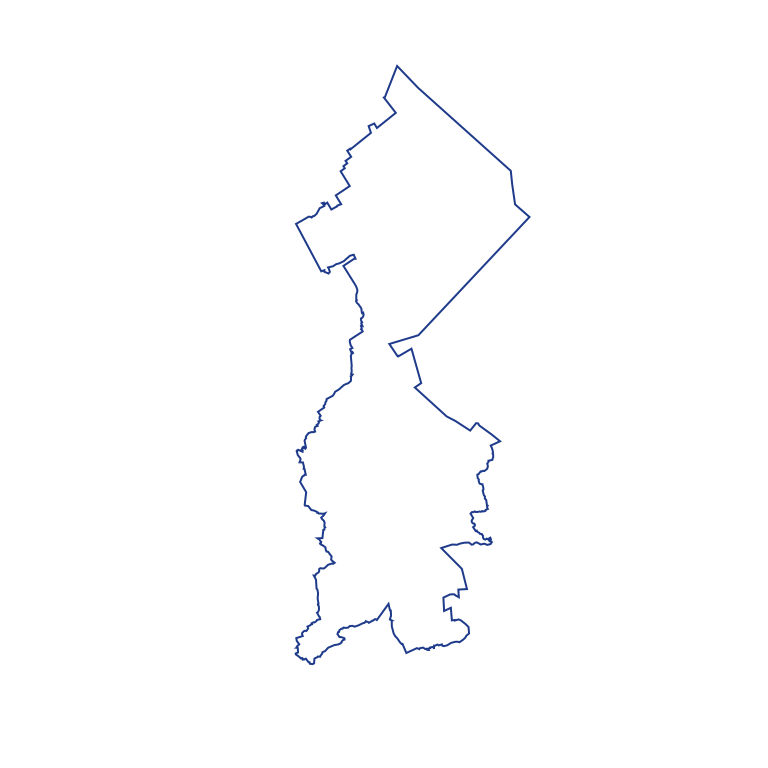 Guadalupe, Zacatecas, Mexico, rotated 326°
{"feature_id": "50627088B774169449273", "entity_name": "Guadalupe", "entity_type": "district", "adm_level": 2, "iso_a3": "MEX", "parent_name": "Mexico", "parent_adm1": "Zacatecas", "projection": "mercator", "projection_center": [-102.492, 22.782], "detail": "fine", "context": "isolated", "style": "outline", "palette": "blue", "viewbox_px": 768, "rotation_deg": 326, "n_neighbors": 0, "source": "geoboundaries", "source_scale": "gbopen_adm2", "svg_char_len": 6166}
<svg xmlns="http://www.w3.org/2000/svg" viewBox="0 0 768 768"><g transform="rotate(326 384 384)"><path d="M572.7,127.7L545.3,146.6L544.1,146.4L545.4,165.8L521.3,167.8L521.6,162.6L515.5,161.6L513.6,168.5L487.4,170.7L487.5,170.0L484.0,170.0L483.8,177.3L476.9,177.5L476.9,180.5L472.2,180.7L472.1,183.2L467.0,183.4L466.3,200.7L449.5,200.7L449.0,211.0L445.1,210.0L444.6,210.5L437.9,209.9L438.4,201.9L435.8,202.0L435.7,200.1L433.8,199.5L434.3,201.4L434.1,203.0L429.0,202.3L423.2,205.3L419.7,205.7L418.8,205.1L417.1,205.5L416.8,204.6L415.2,203.2L400.6,202.1L395.0,255.5L398.2,256.3L397.3,257.6L399.8,261.4L401.8,260.8L402.7,257.7L402.8,256.1L407.7,257.9L411.3,257.9L414.5,259.0L419.3,259.7L427.4,258.6L431.2,259.9L430.4,264.2L429.3,263.5L416.4,263.4L415.6,286.1L415.2,288.7L414.5,291.2L413.3,292.7L411.0,294.4L408.1,298.7L408.3,299.3L407.2,299.6L406.9,301.4L407.4,303.8L407.5,308.5L405.4,312.8L405.5,313.3L406.6,313.3L405.9,315.1L404.3,316.5L402.8,316.9L401.5,316.8L400.3,319.1L400.4,320.6L399.1,320.9L398.7,323.1L398.5,322.7L397.4,322.9L396.9,325.2L395.6,325.8L396.0,327.1L395.7,328.5L380.5,328.3L379.3,329.7L378.1,333.0L377.9,336.5L375.4,336.2L374.6,339.5L375.7,339.7L375.6,341.0L374.0,340.8L372.2,342.2L367.2,351.2L366.1,352.3L364.2,355.6L362.3,357.4L363.3,358.6L361.7,359.1L360.7,359.0L360.4,360.1L358.3,362.9L355.1,363.4L350.4,362.4L343.7,363.3L339.0,363.1L337.1,364.3L334.9,365.1L328.0,364.4L327.0,365.7L325.2,366.4L324.0,367.8L321.6,368.5L321.3,370.1L313.7,370.1L313.7,375.0L312.2,375.3L311.2,376.7L310.9,378.4L311.3,378.9L308.7,378.3L308.4,379.6L307.4,380.2L305.5,380.3L305.5,381.6L303.3,381.0L302.7,381.2L300.8,382.9L300.3,384.9L298.5,384.5L297.4,383.5L294.1,382.5L290.2,383.7L289.3,384.6L289.2,385.3L286.9,386.2L286.2,387.1L283.7,393.2L282.6,393.7L281.9,392.6L283.0,392.0L282.4,391.2L281.3,391.7L281.0,391.1L278.8,392.4L279.5,393.6L278.6,394.6L276.1,390.6L274.9,391.0L274.7,390.5L274.1,390.7L272.8,394.7L273.1,399.0L272.5,400.0L270.2,401.7L272.9,403.7L271.4,407.8L270.0,409.4L270.6,409.9L268.4,415.5L267.3,414.8L266.8,415.2L264.4,415.1L259.7,418.3L259.0,430.2L250.6,439.9L250.5,440.6L252.9,442.8L253.3,447.9L254.9,449.4L256.4,451.7L257.1,453.0L256.7,453.6L257.4,454.0L257.4,454.8L261.5,457.9L262.8,458.2L260.4,459.2L257.2,459.7L257.1,461.6L257.7,463.7L257.2,465.8L254.9,468.7L255.1,469.8L254.5,469.8L253.1,471.4L252.1,471.0L246.8,477.3L242.6,474.8L243.5,476.9L243.4,479.1L243.7,479.7L243.0,480.5L241.8,480.4L241.7,481.1L242.2,482.4L242.9,483.3L244.1,486.7L242.9,489.1L242.7,490.8L243.8,491.8L244.1,497.7L242.0,500.0L242.0,501.0L243.1,504.6L241.3,504.6L240.4,503.7L236.5,502.6L231.5,503.4L230.3,502.9L228.2,501.1L226.9,501.1L225.3,503.2L224.1,503.6L221.4,503.5L219.9,504.4L218.7,503.5L218.2,508.2L213.6,516.0L213.9,517.0L212.4,520.5L209.0,524.8L206.8,529.6L206.2,529.5L205.7,530.2L205.7,531.7L204.7,533.6L203.5,535.1L201.5,536.3L200.6,536.2L200.2,540.3L200.4,541.4L199.6,543.3L196.6,542.2L195.2,542.8L193.0,542.8L192.4,542.2L190.4,541.9L190.0,542.9L189.1,542.5L188.0,542.8L184.9,542.3L184.5,544.2L181.9,545.3L181.4,545.3L180.7,544.5L179.3,544.1L176.9,544.7L176.2,545.4L175.7,547.5L169.2,545.6L168.0,548.3L168.2,552.4L165.0,552.9L165.0,553.8L164.1,553.8L164.6,554.2L164.7,555.0L162.6,558.5L160.1,558.0L159.7,558.9L161.1,562.5L161.6,565.0L162.8,565.3L162.5,566.7L163.2,566.6L163.5,567.7L165.6,568.0L165.9,572.6L166.7,573.1L166.2,574.6L168.2,576.3L169.8,576.5L172.8,572.7L176.0,573.2L176.6,572.9L178.6,574.4L179.2,573.8L181.9,573.0L183.0,571.9L185.7,572.5L190.3,571.4L196.9,572.7L200.1,574.2L202.4,574.7L204.2,574.6L204.8,573.9L206.7,573.4L208.4,573.8L209.0,572.6L207.0,569.9L205.6,568.9L205.6,565.2L207.3,564.0L208.1,564.4L209.3,563.2L210.8,563.1L212.0,563.1L212.8,563.7L214.2,563.3L215.3,564.4L217.9,565.9L220.3,565.6L222.7,566.9L223.9,568.7L227.7,569.8L232.2,570.4L234.4,571.1L236.3,570.5L236.4,571.2L237.6,572.1L237.9,573.5L241.6,573.8L242.0,573.6L243.0,574.1L244.5,573.8L245.6,574.3L246.1,575.7L264.8,568.8L262.8,573.9L262.4,575.4L262.9,575.7L260.3,580.0L257.2,582.5L258.3,584.5L257.8,584.3L257.7,585.1L254.9,589.4L252.5,596.3L252.3,599.5L252.8,602.3L252.8,607.0L253.2,609.5L254.0,609.8L252.1,619.5L263.6,621.4L265.0,623.5L265.4,623.1L266.6,623.3L269.1,624.5L269.9,626.7L271.4,627.4L271.1,628.5L272.4,629.5L272.6,628.1L274.5,628.8L274.9,628.2L278.1,629.7L277.3,631.6L279.2,628.9L280.1,629.6L282.2,629.8L282.7,630.0L283.2,631.3L286.4,632.3L286.0,633.6L287.0,634.8L290.4,636.0L294.7,636.1L298.8,637.5L300.9,638.8L302.2,640.3L307.0,640.2L309.7,639.7L311.6,638.7L315.0,638.4L318.2,632.7L317.4,628.7L315.6,623.1L314.2,620.9L310.5,619.7L310.7,619.2L308.1,617.9L314.3,606.9L306.9,605.8L313.8,594.3L321.1,595.4L322.6,596.3L324.6,597.6L325.1,599.3L326.8,602.6L330.7,596.0L338.1,600.4L345.2,580.8L339.7,552.0L350.7,555.2L354.8,558.2L357.4,558.7L361.9,560.5L365.8,563.0L366.8,566.2L368.2,566.8L370.7,566.5L372.5,567.3L374.4,571.1L377.9,572.5L379.6,575.1L382.8,576.3L385.0,575.4L385.0,574.5L383.6,573.4L383.7,572.6L385.8,572.5L386.2,570.9L383.2,570.7L382.6,569.6L381.1,569.7L380.4,568.9L380.0,568.1L380.4,566.3L381.2,565.1L381.0,564.0L381.3,563.4L379.7,561.7L379.8,560.9L378.7,558.6L378.9,557.4L377.8,557.2L377.8,552.5L380.1,552.3L380.8,551.1L380.7,550.1L380.0,549.7L379.6,548.5L379.6,547.5L380.3,546.3L383.0,545.0L383.3,539.8L385.4,539.4L386.5,540.3L387.9,540.3L388.4,541.3L389.8,542.3L391.7,543.0L392.8,544.1L394.3,544.2L394.7,545.0L396.3,545.7L397.1,545.9L397.8,545.2L400.2,545.7L400.3,544.4L400.9,543.4L401.7,542.9L401.3,542.6L401.5,542.2L403.9,537.2L403.5,535.4L404.8,533.7L404.6,532.1L405.9,528.4L406.5,527.3L407.1,527.3L408.0,526.3L409.1,523.5L409.1,522.3L409.4,522.1L407.8,520.5L407.6,519.7L408.4,517.1L409.2,516.2L409.1,514.3L410.7,511.3L412.0,511.6L415.3,510.5L416.0,511.2L417.2,511.1L418.6,512.3L422.2,512.0L424.2,510.2L425.1,507.7L427.1,507.0L427.7,506.0L431.3,507.5L433.8,505.5L435.3,503.1L435.1,502.4L436.2,501.6L437.5,498.1L438.1,494.7L448.2,496.4L445.1,486.3L439.8,471.7L440.0,469.4L438.5,468.0L429.4,470.8L422.5,454.6L417.8,445.9L407.6,404.1L415.3,404.1L426.5,370.1L411.4,369.1L411.4,368.5L410.8,368.4L410.8,353.8L439.8,362.8L598.0,326.9L593.1,308.4L601.9,290.2L608.3,278.2L577.9,157.7L572.7,127.7Z" fill="none" stroke="#1e3a8a" stroke-width="2"/></g></svg>